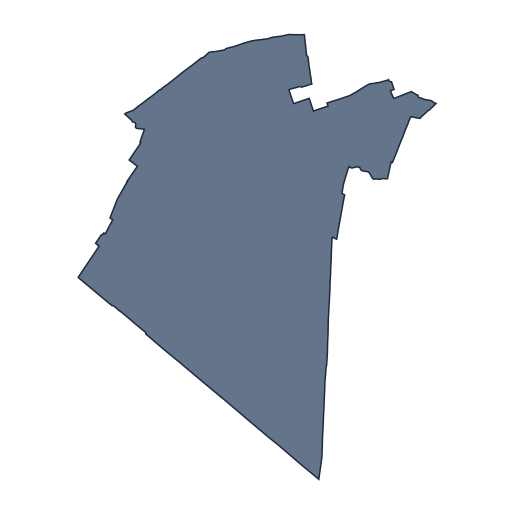 Posta Calnau, Buzau, Romania (Albers equal-area conic projection), rotated 91°
{"feature_id": "2599482B12204688423442", "entity_name": "Posta Calnau", "entity_type": "district", "adm_level": 2, "iso_a3": "ROU", "parent_name": "Romania", "parent_adm1": "Buzau", "projection": "albers", "projection_center": [26.87, 45.248], "detail": "fine", "context": "isolated", "style": "filled", "palette": "slate", "viewbox_px": 512, "rotation_deg": 91, "n_neighbors": 0, "source": "geoboundaries", "source_scale": "gbopen_adm2", "svg_char_len": 5433}
<svg xmlns="http://www.w3.org/2000/svg" viewBox="0 0 512 512"><g transform="rotate(91 256 256)"><path d="M308.3,397.6L308.7,397.1L309.0,396.7L309.2,396.4L310.5,394.8L311.5,393.6L312.0,393.1L312.9,392.0L313.8,390.7L314.7,389.2L315.1,388.9L315.4,388.5L316.8,386.7L319.1,383.9L322.1,380.2L325.4,376.3L329.8,370.8L334.4,365.0L334.7,364.8L335.1,364.8L335.5,364.9L336.0,364.9L340.2,359.5L340.4,359.4L344.1,355.0L354.9,341.7L364.2,329.9L364.3,329.7L367.0,326.5L371.4,321.1L386.7,302.2L389.1,299.2L390.9,297.0L394.3,292.7L397.9,288.3L397.8,288.2L409.2,274.3L412.4,270.3L412.7,270.0L412.8,269.8L414.4,268.0L414.4,267.9L414.5,267.7L414.9,267.3L418.2,263.4L426.6,253.1L436.4,241.0L438.9,237.9L439.1,237.6L442.8,232.8L444.9,230.1L451.1,222.6L454.1,219.0L456.2,216.4L463.7,207.4L464.9,205.9L466.9,203.4L467.2,203.0L467.3,202.8L468.0,202.0L470.8,198.5L473.6,194.9L475.7,192.4L478.2,189.3L456.9,186.7L456.2,186.6L450.9,186.5L445.6,186.4L434.4,186.3L428.0,186.0L413.8,185.7L405.8,185.4L395.7,185.2L389.1,185.0L382.1,184.9L375.9,184.6L374.5,184.4L368.3,184.1L366.0,184.0L364.9,183.6L362.9,183.4L350.9,182.9L342.4,182.9L331.6,182.6L318.3,182.6L301.6,182.0L288.5,181.5L284.6,181.5L279.3,181.4L272.7,181.1L270.0,181.1L267.3,181.1L262.6,180.9L257.9,180.8L253.8,180.7L251.3,180.7L249.1,180.7L243.5,180.5L238.7,180.4L237.4,180.3L235.8,179.9L237.8,175.8L237.8,175.7L237.7,175.7L212.9,171.7L203.5,170.2L197.6,169.2L193.2,168.4L192.8,169.5L192.3,170.6L192.0,171.0L190.0,170.9L188.6,170.6L187.7,170.5L185.9,170.3L184.4,170.1L181.6,169.5L178.5,168.6L172.6,167.0L169.5,166.1L166.4,165.2L164.8,164.4L166.2,162.7L166.3,161.1L165.7,159.0L165.1,157.7L165.3,155.8L165.6,153.8L167.4,153.1L168.6,152.1L169.1,150.7L169.4,148.9L169.6,147.1L169.8,145.7L170.5,144.6L171.7,143.6L174.5,142.0L176.3,140.9L177.2,139.7L176.8,137.3L177.1,134.6L177.0,133.2L176.4,130.5L176.5,125.9L175.5,125.7L169.5,124.5L159.8,122.6L160.2,121.9L160.3,121.6L160.2,121.3L159.8,121.0L156.2,119.7L151.7,117.9L147.4,116.3L142.9,114.7L137.6,112.7L135.0,111.6L132.2,110.6L129.4,109.6L127.2,108.8L125.2,108.0L121.5,106.5L117.8,105.3L115.9,104.4L114.1,103.6L115.6,94.3L115.0,93.9L114.1,93.3L112.8,91.9L111.7,90.7L111.0,90.0L109.3,88.2L108.3,87.3L107.3,85.8L106.4,84.5L105.0,83.4L103.4,81.5L100.2,78.6L100.0,79.2L99.8,80.2L99.6,80.7L99.5,80.9L99.1,81.5L98.5,82.0L98.2,82.5L97.9,82.9L97.7,83.5L97.5,84.3L97.2,85.4L96.7,89.0L96.7,89.6L96.5,90.4L96.3,91.1L96.1,91.8L95.7,92.4L95.3,93.5L95.1,94.1L95.0,94.7L94.9,95.1L94.7,95.7L94.7,95.9L94.5,96.2L94.4,96.3L94.1,96.5L93.6,96.6L93.0,96.7L92.7,96.8L92.2,97.2L92.1,97.5L92.0,97.9L91.9,98.3L91.7,98.8L91.4,99.4L90.7,100.4L90.2,101.2L89.7,102.2L89.4,102.7L89.1,103.3L88.8,103.7L89.2,104.2L89.3,104.4L89.7,105.3L90.3,107.0L90.6,107.6L90.8,108.3L91.6,110.1L93.4,114.4L95.3,119.0L96.0,120.8L95.9,121.0L92.6,122.7L88.5,124.4L88.2,123.8L87.5,122.0L87.2,121.4L87.0,120.8L84.6,121.7L79.5,123.5L79.5,124.2L79.4,124.7L79.1,125.3L79.0,125.5L78.7,125.9L78.5,126.1L78.3,126.2L77.9,126.4L77.4,126.5L77.6,126.7L77.7,127.0L77.9,127.8L78.1,128.3L78.5,129.8L79.1,131.5L80.1,135.2L80.3,135.8L80.5,136.6L80.6,137.2L80.6,137.7L80.7,138.5L80.8,139.0L81.0,139.6L81.3,140.9L81.4,141.9L81.5,142.9L81.6,143.6L81.8,144.5L82.1,145.5L82.2,146.1L82.4,146.5L85.5,151.4L85.7,151.7L86.7,153.4L88.6,156.3L89.1,157.1L89.8,158.0L93.0,163.4L94.0,165.1L94.1,165.3L94.2,165.6L95.1,168.3L96.2,171.5L97.4,174.6L97.8,175.8L98.9,179.1L99.4,180.6L101.8,187.7L104.8,186.6L106.6,191.5L108.4,196.6L110.0,201.1L106.9,202.3L106.7,202.3L105.3,202.8L103.5,203.4L103.3,203.5L97.4,205.5L98.2,207.7L103.0,221.1L89.2,226.0L88.6,224.8L87.9,222.5L86.9,218.7L86.4,217.6L86.1,216.4L85.9,215.2L85.9,214.4L86.2,214.0L86.4,213.5L86.3,213.2L85.8,211.5L85.5,210.8L85.2,209.2L84.2,206.8L83.5,204.8L83.1,203.2L79.9,203.9L78.5,204.0L77.2,204.1L72.0,205.2L69.0,205.5L64.7,206.4L61.7,206.7L59.0,207.1L57.8,207.1L55.8,207.6L55.2,208.2L54.4,208.9L53.8,209.2L53.1,209.0L51.2,209.3L37.0,211.1L33.8,211.5L33.8,212.7L34.0,213.9L34.0,214.5L34.0,219.1L34.0,221.8L34.1,222.6L34.1,223.4L34.1,224.1L33.9,226.6L34.2,228.1L35.5,233.4L35.8,234.9L36.9,242.7L37.5,244.9L38.4,247.6L38.6,247.9L38.9,249.8L39.0,250.9L39.1,251.7L39.3,253.2L39.7,255.1L39.8,256.5L40.2,259.8L40.4,260.7L40.6,261.8L41.1,264.5L42.2,268.1L43.3,271.7L44.1,273.7L44.4,274.6L47.0,281.7L48.1,286.2L49.2,289.6L50.1,290.6L50.6,291.5L50.8,292.6L52.3,300.2L52.5,303.0L53.1,306.3L54.0,307.4L55.5,309.0L56.7,310.2L58.1,311.9L58.4,312.3L58.7,312.7L58.7,313.4L58.8,313.8L59.4,314.6L60.5,316.1L62.1,318.0L64.3,320.7L66.5,323.4L67.6,324.9L68.0,325.4L68.6,326.1L68.8,326.5L69.3,327.0L71.8,330.2L72.4,331.2L73.4,332.3L74.6,333.8L76.1,335.5L76.9,336.6L78.9,338.9L80.4,340.7L84.8,346.1L86.7,348.5L87.3,349.5L88.2,350.7L88.7,351.3L88.9,351.5L90.6,353.7L91.6,354.0L91.5,355.1L91.6,355.4L92.0,355.9L92.7,356.6L94.1,358.1L97.0,361.7L100.9,366.8L102.5,368.8L102.9,369.3L108.5,376.5L110.5,378.9L112.1,380.9L112.3,381.1L113.0,382.8L114.2,385.8L115.0,387.7L115.5,388.8L116.0,389.3L116.3,389.7L120.0,385.5L122.4,382.8L124.1,381.8L124.7,379.3L126.2,378.5L129.4,378.8L130.5,377.7L131.2,369.8L138.5,372.2L143.6,373.8L144.3,374.0L144.8,373.1L162.2,384.5L167.6,377.2L168.5,376.3L183.7,386.3L183.9,386.0L184.1,386.1L201.0,395.4L220.4,402.6L220.5,402.6L222.4,399.9L228.5,403.1L236.4,407.1L235.6,408.6L237.3,409.8L237.5,411.0L246.1,416.6L249.0,413.1L268.5,425.7L280.4,433.4L280.7,433.3L283.1,430.3L302.8,405.9L308.0,399.3L308.2,398.6L308.3,397.6Z" fill="#64748b" stroke="#1e293b" stroke-width="1.5"/></g></svg>